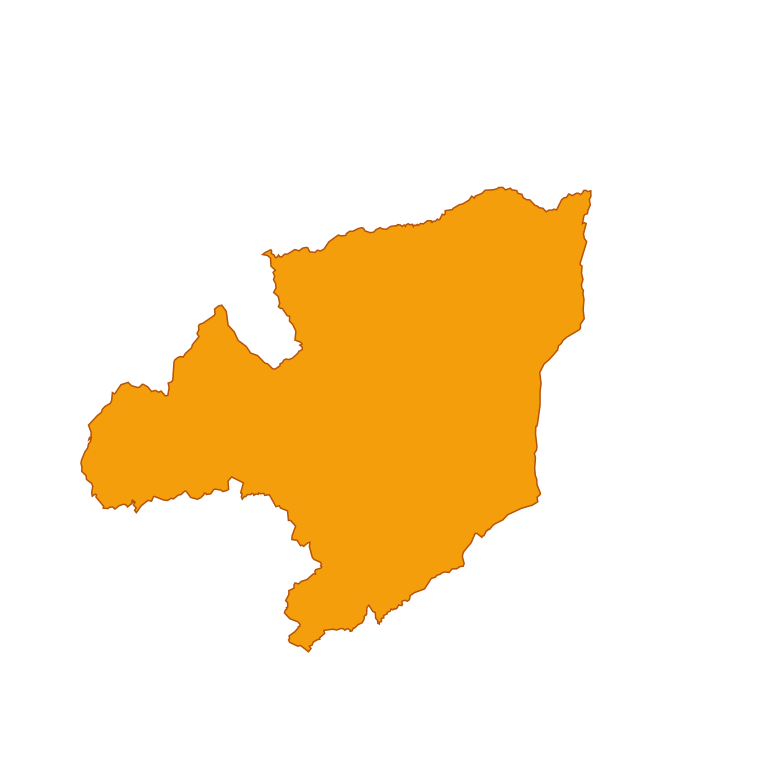 outline of Wonosobo, Jawa Tengah, Indonesia, rotated 43°
{"feature_id": "22746128B92173297199140", "entity_name": "Wonosobo", "entity_type": "district", "adm_level": 2, "iso_a3": "IDN", "parent_name": "Indonesia", "parent_adm1": "Jawa Tengah", "projection": "natural_earth1", "projection_center": [109.905, -7.4], "detail": "fine", "context": "isolated", "style": "filled", "palette": "amber", "viewbox_px": 768, "rotation_deg": 43, "n_neighbors": 0, "source": "geoboundaries", "source_scale": "gbopen_adm2", "svg_char_len": 6170}
<svg xmlns="http://www.w3.org/2000/svg" viewBox="0 0 768 768"><g transform="rotate(43 384 384)"><path d="M208.4,466.4L208.8,468.1L211.7,470.8L212.8,474.6L216.4,475.6L217.1,485.9L218.6,488.9L217.9,497.1L218.8,501.1L216.1,503.1L215.1,505.6L214.6,509.0L215.3,511.0L226.8,525.1L227.2,527.3L225.5,530.5L229.2,533.1L233.7,539.8L232.1,541.8L225.7,541.2L224.8,543.7L221.2,544.5L219.2,548.0L213.2,547.2L208.3,548.4L207.4,549.1L207.3,553.2L206.2,554.5L200.5,557.5L195.8,557.3L192.1,563.9L193.7,574.0L193.4,575.2L191.2,575.5L196.0,581.7L197.0,584.8L195.2,590.8L195.3,594.6L196.7,597.8L195.9,602.2L195.9,615.6L202.7,619.0L205.6,622.3L205.2,624.2L206.2,626.2L206.8,623.4L208.5,626.0L208.7,629.2L210.9,632.9L211.5,637.4L214.7,646.0L216.5,648.7L219.9,650.9L222.5,654.1L228.7,654.2L231.5,656.7L237.9,656.1L240.8,657.5L244.3,662.9L247.2,665.0L247.8,661.6L249.3,661.1L250.4,663.1L262.2,664.6L263.3,666.3L267.1,663.3L267.3,661.3L269.6,658.9L272.5,659.0L273.3,653.6L275.4,649.7L277.6,648.4L280.3,648.8L281.1,643.1L279.1,641.4L279.2,640.5L281.8,640.2L281.2,641.6L282.8,640.9L283.1,643.3L287.3,643.7L287.7,646.5L290.6,647.0L289.5,638.7L290.7,630.2L293.9,628.2L292.3,623.9L292.7,622.8L301.9,619.2L305.1,616.8L306.3,612.8L308.4,611.6L309.3,605.4L310.9,603.5L311.4,598.1L312.6,597.4L320.0,598.8L326.2,595.5L327.6,591.9L327.7,587.6L327.0,586.5L328.0,585.5L329.5,585.9L332.2,582.5L331.5,577.5L332.0,576.2L336.9,572.9L339.5,572.5L341.4,569.6L342.2,567.0L336.2,561.5L335.9,555.9L348.6,552.2L353.4,561.4L355.1,561.1L356.7,563.9L358.9,564.9L358.6,561.6L359.6,560.7L359.6,558.0L361.9,555.8L362.1,554.0L363.7,553.5L364.7,554.2L365.5,551.6L367.3,550.4L366.7,549.1L368.5,548.6L370.7,546.0L372.7,546.8L375.7,543.2L388.7,547.4L390.4,544.4L392.9,545.3L400.0,542.6L407.2,549.0L408.6,547.5L416.3,548.2L420.3,557.7L422.7,560.6L427.1,557.6L433.2,559.2L434.1,557.7L436.0,557.5L436.6,552.2L437.7,550.3L440.4,553.9L449.8,559.7L452.5,560.0L459.3,557.7L461.3,558.7L461.6,560.2L463.1,560.1L463.4,561.6L460.6,566.5L461.2,568.2L463.5,569.7L461.8,571.1L461.0,579.7L458.1,584.8L457.8,588.5L454.7,590.0L455.0,591.9L457.4,594.8L455.3,600.0L458.0,602.8L459.8,609.5L462.7,609.7L465.7,612.8L465.2,614.2L466.4,614.7L466.0,616.5L467.3,619.3L475.2,619.9L483.2,616.7L486.6,617.1L487.7,618.9L486.8,619.9L487.6,621.2L487.7,626.1L486.4,633.0L488.4,634.4L488.7,636.3L491.3,637.3L499.8,634.5L500.8,632.6L502.4,632.1L511.4,631.3L511.0,627.2L508.2,626.7L509.5,623.9L508.3,621.3L509.6,616.5L511.2,614.5L510.0,613.6L510.7,606.9L508.1,605.2L513.7,598.3L517.2,596.2L519.1,592.4L521.2,590.7L523.2,590.8L524.2,587.7L526.9,587.1L527.9,588.0L529.0,586.5L528.1,583.4L529.0,582.4L529.1,577.8L530.9,573.4L529.9,569.8L528.0,567.1L528.5,564.5L523.9,559.1L523.8,556.1L531.1,558.0L533.4,557.1L537.8,561.1L540.6,561.3L542.5,563.2L544.2,562.8L543.1,561.2L544.2,559.5L541.9,557.1L543.4,555.2L541.6,553.5L543.1,550.0L542.2,549.0L543.4,545.8L542.7,543.7L544.5,543.1L544.8,541.1L545.8,540.9L546.4,539.1L545.4,535.7L548.2,533.9L547.8,532.4L546.0,531.9L545.6,529.9L546.9,527.8L549.2,526.9L549.7,524.4L547.5,520.9L548.5,515.9L553.4,506.3L551.2,493.8L553.3,490.4L553.2,487.4L554.8,485.1L555.1,482.7L556.7,479.9L560.1,477.5L559.9,472.7L563.2,469.6L564.1,465.7L566.2,463.3L565.2,460.8L559.1,456.8L557.6,454.7L556.6,451.9L556.0,440.6L552.6,431.2L553.9,429.9L560.1,429.4L559.5,428.4L560.6,426.9L559.0,421.6L559.7,420.4L559.3,419.1L560.4,418.3L560.0,413.2L560.8,409.7L563.6,402.4L563.6,395.3L569.3,381.1L575.1,371.5L576.8,365.3L573.2,362.5L573.6,358.1L572.6,357.1L564.6,353.3L560.5,349.4L556.9,347.6L551.6,342.8L545.0,334.6L541.3,332.2L540.6,328.4L538.7,325.6L528.9,317.2L524.0,311.5L524.6,310.8L523.2,308.2L512.9,293.5L502.9,282.6L498.7,276.7L490.1,269.4L487.4,260.1L488.2,252.9L487.8,240.8L485.6,237.0L486.0,233.6L485.2,230.1L485.7,225.1L489.8,211.2L489.7,209.4L486.9,206.2L485.9,199.7L479.2,194.1L472.6,185.8L467.9,182.2L465.9,179.5L463.5,179.0L460.6,176.7L458.3,171.9L453.0,168.4L448.4,162.7L446.1,162.9L445.2,162.1L435.2,141.7L431.2,140.9L427.5,138.1L422.4,128.7L420.4,129.5L419.7,131.3L415.5,124.6L415.3,123.1L416.6,120.7L414.8,118.1L412.8,112.4L408.4,109.1L407.4,105.7L403.5,101.7L402.0,104.1L399.2,104.9L398.1,106.3L398.9,109.6L398.4,111.6L396.5,111.7L394.6,113.2L393.3,117.7L389.5,119.0L390.2,123.2L388.7,124.9L388.2,127.9L391.5,139.0L389.0,140.2L388.4,142.2L386.0,144.3L385.2,147.5L380.4,147.1L376.8,149.6L375.5,149.1L372.4,150.4L365.1,149.9L362.5,152.0L358.7,152.8L355.6,151.2L351.9,153.2L349.1,152.0L345.2,154.8L342.9,154.6L340.5,159.2L336.8,159.2L333.7,162.3L333.7,164.0L331.2,167.7L325.8,173.3L325.6,177.9L322.6,184.3L323.3,186.3L320.0,186.9L320.8,191.5L318.5,199.2L316.8,201.4L314.8,208.3L315.0,210.0L310.5,215.5L312.9,218.1L312.7,219.2L310.8,220.1L312.5,225.5L312.2,226.6L310.6,226.9L310.5,229.7L309.1,231.5L309.1,232.9L308.6,233.4L307.5,232.3L304.4,234.9L303.6,240.0L301.2,241.8L301.0,244.8L299.5,244.6L299.2,246.3L297.6,247.3L298.1,248.9L295.6,248.0L294.4,249.9L292.3,250.3L291.6,252.7L292.2,254.0L290.3,253.9L289.8,256.3L287.3,256.6L285.1,258.3L285.5,259.3L281.4,264.1L280.2,269.3L276.6,271.9L274.6,272.2L272.9,276.7L272.9,279.8L270.9,282.6L265.7,285.0L262.9,284.1L261.1,284.9L259.2,287.8L256.9,293.8L254.8,295.6L253.9,299.4L254.7,301.5L251.7,304.9L249.0,306.2L246.7,317.6L248.1,326.1L246.9,329.9L244.0,331.6L243.9,334.7L239.5,338.0L235.4,336.4L234.0,337.1L231.8,340.2L231.1,344.4L227.1,346.5L224.9,354.7L222.7,356.9L222.5,361.0L221.0,362.0L218.8,361.6L219.4,363.6L218.5,365.7L215.6,364.7L212.4,365.4L211.3,363.5L209.7,363.0L207.3,369.2L206.9,372.1L211.0,369.5L215.1,369.3L221.0,374.9L227.0,374.9L226.7,378.0L230.5,379.7L232.0,383.0L236.2,384.5L239.5,387.3L240.8,392.3L246.9,392.1L252.9,396.3L254.0,399.5L256.9,399.3L258.1,398.1L266.6,400.1L268.8,398.9L272.0,402.5L276.5,402.7L283.5,405.4L288.9,412.6L294.6,410.3L296.8,410.6L295.9,413.0L298.9,412.7L300.8,414.6L299.4,418.4L300.0,420.3L299.4,427.6L297.6,431.2L295.2,432.6L294.4,435.2L295.2,437.6L294.2,440.1L295.5,441.7L294.1,447.5L292.1,448.8L285.1,448.6L282.5,450.0L272.1,449.4L265.5,452.3L257.5,450.5L247.6,451.6L238.8,448.0L229.9,447.3L219.0,438.4L211.6,437.0L209.8,439.6L209.0,444.7L212.6,448.0L213.1,449.5L210.2,462.6L208.4,466.4Z" fill="#f59e0b" stroke="#b45309" stroke-width="1.5"/></g></svg>